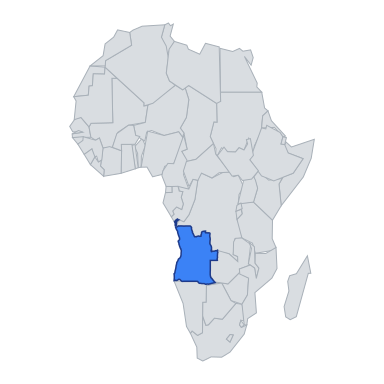 Angola highlighted on a map of Africa
{"feature_id": "AGO", "entity_name": "Angola", "entity_type": "country or territory", "adm_level": 0, "iso_a3": "AGO", "parent_name": "Africa", "parent_adm1": "", "projection": "equal_earth", "projection_center": [17.424, -11.224], "detail": "fine", "context": "in_parent", "style": "filled", "palette": "blue", "viewbox_px": 384, "rotation_deg": 0, "n_neighbors": 49, "source": "natural_earth", "source_scale": "50m", "svg_char_len": 13797}
<svg xmlns="http://www.w3.org/2000/svg" viewBox="0 0 384 384"><path d="M253.5,202.1L272.5,220.2L272.2,238.7L276.0,247.5L273.1,250.3L255.3,253.3L252.5,243.2L241.9,238.0L237.9,229.2L237.0,219.4L242.1,213.8L240.9,203.0L253.5,202.1Z" fill="#d9dde1" stroke="#a8b0b8" stroke-width="1"/><path d="M105.1,67.2L104.5,74.1L93.3,73.8L92.4,85.7L89.1,86.1L88.3,95.2L73.7,96.7L90.1,65.9L105.1,67.2Z" fill="#d9dde1" stroke="#a8b0b8" stroke-width="1"/><path d="M237.0,219.4L241.9,238.0L234.7,238.9L233.2,254.6L237.6,256.5L237.8,261.6L228.9,253.7L211.0,251.2L209.6,232.9L203.7,231.2L199.8,236.3L194.3,236.7L190.2,226.1L175.2,225.6L180.3,219.4L183.9,221.7L189.0,214.7L194.9,199.6L198.1,177.1L201.5,173.1L212.0,178.0L223.7,172.0L229.9,172.1L233.7,176.7L238.3,175.2L243.7,186.8L239.0,194.6L237.0,219.4Z" fill="#d9dde1" stroke="#a8b0b8" stroke-width="1"/><path d="M281.2,205.7L279.0,184.0L283.1,177.0L293.2,173.2L303.1,158.7L288.2,153.0L284.0,146.3L286.0,142.0L291.4,147.0L314.3,139.3L311.2,158.3L303.3,177.0L281.2,205.7Z" fill="#d9dde1" stroke="#a8b0b8" stroke-width="1"/><path d="M272.5,220.2L253.5,202.1L257.6,188.3L253.8,176.9L258.4,170.8L268.6,180.1L282.1,178.5L279.0,184.0L281.2,205.7L272.5,220.2Z" fill="#d9dde1" stroke="#a8b0b8" stroke-width="1"/><path d="M219.7,157.6L217.0,155.5L215.7,154.1L216.0,148.7L210.2,136.6L213.9,121.9L217.0,122.2L216.6,101.4L220.6,101.4L220.5,92.1L261.7,92.1L264.6,108.0L268.0,110.9L262.7,115.8L261.1,132.0L254.3,146.0L253.4,155.4L248.7,138.3L244.0,150.0L239.1,147.7L235.4,152.0L227.5,151.7L221.5,147.8L217.3,155.7L219.7,157.6Z" fill="#d9dde1" stroke="#a8b0b8" stroke-width="1"/><path d="M216.6,103.4L217.0,122.2L213.9,121.9L210.2,136.6L213.5,143.6L196.0,159.3L186.4,161.5L181.7,151.3L187.1,149.2L184.0,133.1L180.3,128.1L186.4,117.4L188.8,99.6L185.2,88.0L188.7,85.5L216.6,103.4Z" fill="#d9dde1" stroke="#a8b0b8" stroke-width="1"/><path d="M190.4,333.3L192.1,331.0L197.6,335.4L202.5,332.7L202.6,315.9L205.9,325.3L208.4,324.8L214.4,318.2L222.4,319.2L235.9,303.4L242.0,304.2L244.2,314.0L243.6,320.8L240.9,320.3L239.5,324.9L241.4,327.4L246.8,324.9L244.2,334.1L230.0,352.1L221.7,357.2L211.1,356.9L202.8,361.0L197.2,358.1L196.8,347.1L190.4,333.3ZM233.2,335.0L230.2,334.5L226.4,339.1L230.0,342.1L233.2,335.0Z" fill="#d9dde1" stroke="#a8b0b8" stroke-width="1"/><path d="M233.2,335.0L230.0,342.1L226.4,339.1L230.2,334.5L233.2,335.0Z" fill="#d9dde1" stroke="#a8b0b8" stroke-width="1"/><path d="M242.0,304.2L231.0,300.6L221.7,283.0L228.0,283.9L239.6,272.4L248.6,278.1L247.4,295.1L242.0,304.2Z" fill="#d9dde1" stroke="#a8b0b8" stroke-width="1"/><path d="M235.9,303.4L222.4,319.2L214.4,318.2L208.4,324.8L205.9,325.3L202.6,315.9L202.7,302.3L206.1,302.1L206.4,285.4L221.7,283.0L231.0,300.6L235.9,303.4Z" fill="#d9dde1" stroke="#a8b0b8" stroke-width="1"/><path d="M202.7,302.3L202.5,332.7L197.6,335.4L192.1,331.0L190.4,333.3L186.5,326.5L183.1,303.5L174.0,280.9L221.1,282.2L206.4,285.4L206.1,302.1L202.7,302.3Z" fill="#d9dde1" stroke="#a8b0b8" stroke-width="1"/><path d="M72.7,131.8L69.7,126.4L75.5,118.2L81.0,117.5L89.0,126.9L90.9,137.3L72.5,137.6L72.1,133.9L82.9,132.2L72.7,131.8Z" fill="#d9dde1" stroke="#a8b0b8" stroke-width="1"/><path d="M90.9,137.3L89.0,126.9L91.0,123.3L112.8,122.7L111.9,78.3L117.1,78.3L144.1,102.9L144.0,105.9L147.9,105.4L145.3,122.4L128.5,125.2L117.8,132.4L112.4,147.3L103.0,148.1L99.4,138.0L95.6,140.2L90.9,137.3Z" fill="#d9dde1" stroke="#a8b0b8" stroke-width="1"/><path d="M73.7,96.7L88.3,95.2L89.1,86.1L92.4,85.7L93.3,73.8L104.5,74.1L105.1,67.2L117.1,78.3L111.9,78.3L112.8,122.7L91.0,123.3L89.0,126.9L81.0,117.5L74.2,119.7L76.1,101.0L73.7,96.7Z" fill="#d9dde1" stroke="#a8b0b8" stroke-width="1"/><path d="M141.1,167.2L138.2,167.7L137.6,153.3L134.5,146.8L142.1,138.3L145.4,145.5L141.4,156.3L141.1,167.2Z" fill="#d9dde1" stroke="#a8b0b8" stroke-width="1"/><path d="M185.2,88.0L188.8,99.6L186.4,117.4L180.3,128.1L184.0,133.1L182.5,137.1L178.7,131.8L164.1,135.5L151.5,130.5L146.7,132.1L144.8,141.1L135.7,135.4L133.6,125.4L145.3,122.4L147.9,105.4L175.3,85.2L182.7,89.8L185.2,88.0Z" fill="#d9dde1" stroke="#a8b0b8" stroke-width="1"/><path d="M141.1,167.2L147.7,131.1L164.1,135.5L178.7,131.8L183.9,139.1L173.7,163.7L164.7,166.3L162.0,174.4L152.6,176.8L147.0,167.1L141.1,167.2Z" fill="#d9dde1" stroke="#a8b0b8" stroke-width="1"/><path d="M183.7,135.3L187.1,149.2L181.7,151.3L187.0,160.2L183.5,174.6L188.8,189.1L166.1,186.4L161.9,175.7L162.9,170.9L167.9,163.4L173.7,163.7L183.7,135.3Z" fill="#d9dde1" stroke="#a8b0b8" stroke-width="1"/><path d="M135.0,144.3L138.2,167.7L135.3,168.8L131.6,145.7L135.0,144.3Z" fill="#d9dde1" stroke="#a8b0b8" stroke-width="1"/><path d="M131.9,144.2L135.3,168.8L121.1,173.3L121.3,144.4L131.9,144.2Z" fill="#d9dde1" stroke="#a8b0b8" stroke-width="1"/><path d="M103.0,148.1L109.6,146.6L121.6,150.8L121.1,173.3L103.6,176.3L104.2,169.8L100.5,166.1L103.0,148.1Z" fill="#d9dde1" stroke="#a8b0b8" stroke-width="1"/><path d="M83.2,136.7L95.6,140.2L99.4,138.0L103.0,148.1L101.8,160.2L98.4,162.1L96.6,156.1L93.9,157.0L91.9,148.9L84.2,154.4L77.8,144.1L83.2,136.7Z" fill="#d9dde1" stroke="#a8b0b8" stroke-width="1"/><path d="M72.5,137.6L83.2,136.7L82.9,140.4L77.8,144.1L72.5,137.6Z" fill="#d9dde1" stroke="#a8b0b8" stroke-width="1"/><path d="M101.3,160.3L100.5,166.1L104.2,169.8L103.6,176.3L90.4,164.6L94.9,156.8L98.4,162.1L101.3,160.3Z" fill="#d9dde1" stroke="#a8b0b8" stroke-width="1"/><path d="M84.2,154.4L91.9,148.9L94.9,156.8L90.4,164.6L84.2,154.4Z" fill="#d9dde1" stroke="#a8b0b8" stroke-width="1"/><path d="M112.4,147.3L116.8,133.6L128.5,125.2L133.6,125.4L135.7,135.4L139.8,136.5L135.0,144.3L121.3,144.4L121.6,150.8L112.4,147.3Z" fill="#d9dde1" stroke="#a8b0b8" stroke-width="1"/><path d="M229.9,172.1L219.2,172.7L212.0,178.0L201.5,173.1L197.8,180.5L193.1,179.4L189.0,186.5L183.4,171.1L186.4,161.5L196.0,159.3L213.5,143.6L215.7,154.1L229.9,172.1Z" fill="#d9dde1" stroke="#a8b0b8" stroke-width="1"/><path d="M197.8,180.5L194.9,199.6L189.0,214.7L183.9,221.7L176.8,219.1L174.3,222.0L171.3,216.8L174.0,214.2L172.7,211.0L176.6,207.0L181.7,209.5L183.3,204.0L181.2,197.3L182.8,191.7L179.2,191.1L178.4,186.5L188.8,189.1L193.1,179.4L197.8,180.5Z" fill="#d9dde1" stroke="#a8b0b8" stroke-width="1"/><path d="M171.9,186.5L178.0,186.3L179.2,191.1L182.8,191.7L181.2,197.3L183.3,204.0L181.7,209.5L176.6,207.0L172.7,211.0L174.0,214.2L171.3,216.8L163.0,202.9L165.5,192.6L172.0,192.4L171.9,186.5Z" fill="#d9dde1" stroke="#a8b0b8" stroke-width="1"/><path d="M166.1,186.4L171.9,186.5L172.0,192.4L165.5,192.6L166.1,186.4Z" fill="#d9dde1" stroke="#a8b0b8" stroke-width="1"/><path d="M241.9,238.0L250.7,244.4L248.4,263.8L250.2,265.0L239.4,269.0L239.6,272.4L228.0,283.9L214.5,281.9L209.9,275.1L210.2,259.9L217.6,260.0L217.3,250.4L228.9,253.7L237.8,261.6L237.6,256.5L233.2,254.6L233.6,241.9L235.6,238.3L241.9,238.0Z" fill="#d9dde1" stroke="#a8b0b8" stroke-width="1"/><path d="M249.0,242.3L254.4,246.7L255.1,263.2L258.9,268.1L256.3,278.5L254.6,268.1L248.4,263.8L251.5,248.5L249.0,242.3Z" fill="#d9dde1" stroke="#a8b0b8" stroke-width="1"/><path d="M255.3,253.3L265.7,253.5L276.0,247.5L277.0,268.5L271.9,278.1L254.9,292.6L256.4,312.9L247.7,318.6L246.8,324.9L244.2,324.9L242.0,304.2L247.4,295.1L248.6,278.1L239.8,274.1L239.4,269.0L250.2,265.0L254.6,268.1L256.3,278.5L258.9,268.1L255.1,263.2L255.3,253.3Z" fill="#d9dde1" stroke="#a8b0b8" stroke-width="1"/><path d="M244.2,324.9L241.4,327.4L239.5,324.9L240.9,320.3L244.2,324.9Z" fill="#d9dde1" stroke="#a8b0b8" stroke-width="1"/><path d="M241.1,209.3L242.1,213.8L237.0,219.4L235.9,211.3L241.1,209.3Z" fill="#d9dde1" stroke="#a8b0b8" stroke-width="1"/><path d="M307.4,255.8L310.8,273.3L308.3,273.3L296.3,316.7L290.2,319.7L285.7,316.9L284.1,306.6L288.9,291.0L287.7,281.4L289.7,275.7L296.4,273.7L307.4,255.8Z" fill="#d9dde1" stroke="#a8b0b8" stroke-width="1"/><path d="M72.1,133.9L78.5,130.5L82.9,132.2L72.1,133.9Z" fill="#d9dde1" stroke="#a8b0b8" stroke-width="1"/><path d="M167.4,54.0L161.4,37.2L164.8,24.8L168.4,23.0L170.5,25.7L173.3,24.1L170.1,36.1L174.4,41.4L167.4,54.0Z" fill="#d9dde1" stroke="#a8b0b8" stroke-width="1"/><path d="M105.1,67.2L105.6,60.6L131.6,45.2L129.7,32.5L133.0,30.1L142.1,26.2L164.8,24.8L161.4,37.2L166.2,46.0L168.3,57.9L166.3,73.1L169.5,81.0L175.3,85.2L152.9,103.3L144.0,105.9L144.1,102.9L105.1,67.2Z" fill="#d9dde1" stroke="#a8b0b8" stroke-width="1"/><path d="M261.6,127.9L262.7,115.8L268.0,110.9L271.4,120.7L285.5,136.1L282.9,136.9L274.3,127.4L261.6,127.9Z" fill="#d9dde1" stroke="#a8b0b8" stroke-width="1"/><path d="M90.1,65.9L103.1,55.7L105.1,43.9L113.7,37.1L117.6,29.9L129.7,32.5L131.6,45.2L105.6,60.6L105.2,65.9L90.1,65.9Z" fill="#d9dde1" stroke="#a8b0b8" stroke-width="1"/><path d="M261.7,92.1L220.5,92.1L220.0,48.3L232.7,51.5L239.5,48.4L242.9,51.2L250.6,49.9L253.2,57.6L251.1,65.2L244.4,56.4L257.2,83.1L256.8,86.9L261.7,92.1Z" fill="#d9dde1" stroke="#a8b0b8" stroke-width="1"/><path d="M219.2,46.9L220.6,101.4L216.6,103.4L188.7,85.5L182.7,89.8L169.5,81.0L166.3,73.1L169.1,49.2L174.4,41.4L186.8,45.2L188.4,49.2L199.7,54.2L205.5,43.3L219.2,46.9Z" fill="#d9dde1" stroke="#a8b0b8" stroke-width="1"/><path d="M303.1,158.7L293.2,173.2L273.8,180.9L261.5,175.9L249.8,159.8L261.6,127.9L265.8,128.9L266.7,125.3L280.1,132.5L282.9,136.9L281.0,144.0L284.7,144.6L288.2,153.0L303.1,158.7Z" fill="#d9dde1" stroke="#a8b0b8" stroke-width="1"/><path d="M282.9,136.9L286.4,137.6L284.7,144.6L281.0,144.0L282.9,136.9Z" fill="#d9dde1" stroke="#a8b0b8" stroke-width="1"/><path d="M253.5,202.1L237.9,204.0L243.9,179.2L253.8,176.9L255.5,180.3L257.6,188.3L253.5,202.1Z" fill="#d9dde1" stroke="#a8b0b8" stroke-width="1"/><path d="M240.9,203.0L242.2,208.6L235.9,211.3L236.9,205.4L240.9,203.0Z" fill="#d9dde1" stroke="#a8b0b8" stroke-width="1"/><path d="M242.4,180.5L238.3,175.2L232.1,176.1L217.3,155.7L224.0,147.1L227.5,151.7L235.4,152.0L239.1,147.7L244.0,150.0L247.6,143.9L246.4,139.6L250.4,138.6L253.4,155.4L249.8,159.8L258.4,170.8L251.6,179.1L242.4,180.5Z" fill="#d9dde1" stroke="#a8b0b8" stroke-width="1"/><path d="M217.5,250.2L217.6,250.8L217.6,251.7L217.7,252.3L217.7,252.6L217.8,252.7L217.7,252.9L217.6,253.3L217.5,253.6L217.5,253.8L217.5,254.3L217.5,254.9L217.4,255.5L217.4,256.2L217.5,257.3L217.5,257.6L217.3,258.2L217.2,258.6L217.1,259.2L217.1,259.4L217.4,260.2L217.4,260.3L217.2,260.4L216.2,260.4L215.2,260.4L214.1,260.4L213.0,260.4L212.1,260.4L211.1,260.4L210.3,260.4L210.3,261.1L210.3,262.7L210.3,264.2L210.3,265.7L210.3,267.3L210.3,268.8L210.3,270.3L210.2,271.9L210.2,273.4L210.2,274.5L210.4,276.0L210.8,277.6L211.0,277.7L211.3,278.0L211.9,278.6L212.2,279.0L212.8,279.8L213.6,280.8L214.4,281.7L215.1,282.5L214.0,282.8L212.4,283.2L211.4,283.4L210.1,283.8L209.2,284.0L208.2,284.2L207.7,284.0L207.1,284.0L206.4,284.2L205.8,284.3L205.4,284.2L205.0,284.0L204.6,283.7L203.9,283.6L202.9,283.6L201.9,283.6L201.0,283.4L200.3,283.3L199.9,283.3L199.5,283.3L199.0,283.1L198.7,282.8L198.2,282.2L197.8,281.6L197.6,281.4L196.5,281.3L195.5,281.3L195.0,281.3L193.6,281.3L192.3,281.3L190.9,281.3L189.6,281.3L188.3,281.3L186.9,281.3L185.6,281.3L184.2,281.3L183.5,281.3L182.8,281.4L182.1,281.4L181.8,281.3L181.7,281.2L181.3,280.8L180.9,280.6L180.5,280.1L180.2,279.7L179.9,279.5L179.5,279.4L179.1,279.3L178.8,279.3L178.4,279.5L178.0,279.8L177.7,280.0L177.3,280.2L176.9,280.5L176.2,280.4L176.1,280.5L175.7,280.5L175.4,280.2L175.0,280.3L174.6,280.5L174.1,280.6L174.2,278.9L174.3,278.1L174.3,277.1L174.2,274.7L174.1,274.3L174.0,273.9L174.4,273.6L174.5,273.4L174.8,273.0L174.9,272.4L175.1,271.1L175.8,268.2L176.2,265.4L176.6,264.0L176.8,262.5L178.0,260.5L178.3,259.3L178.9,258.7L179.8,258.1L180.5,257.0L180.8,256.2L181.1,254.7L181.1,253.1L181.3,251.0L181.3,250.4L180.9,249.6L180.9,249.0L180.5,248.4L180.2,248.0L180.0,247.2L179.5,246.0L179.3,245.1L179.0,244.5L179.0,243.8L178.8,243.0L178.5,242.3L178.2,241.4L178.2,241.1L178.4,240.8L178.6,240.7L178.5,240.8L178.4,241.0L179.5,239.6L179.6,239.3L179.6,239.0L179.5,238.6L179.6,238.1L178.5,235.3L177.7,232.6L177.6,231.3L176.5,229.5L176.0,228.4L175.8,227.6L175.6,227.2L176.0,227.1L176.6,226.9L177.4,226.7L178.2,226.2L178.4,226.0L178.9,225.9L179.3,226.1L179.5,226.0L180.5,226.0L180.9,225.9L181.7,226.0L182.2,226.0L182.5,226.0L183.2,226.1L184.2,226.1L184.5,226.1L185.7,226.0L186.9,226.0L188.0,226.0L189.2,226.0L190.1,226.0L190.5,226.2L190.9,226.5L191.1,226.8L191.3,227.2L191.5,227.4L191.6,227.8L191.5,228.3L191.5,228.9L191.7,229.6L191.9,230.4L192.3,231.2L192.5,231.8L192.4,232.2L192.5,232.7L192.8,233.2L193.0,233.5L193.5,234.5L194.1,235.8L194.5,236.7L194.7,236.8L194.9,236.8L195.4,236.7L195.9,236.6L196.2,236.8L196.3,236.8L196.9,236.4L197.4,236.3L197.9,236.2L198.2,236.0L198.5,236.0L199.4,236.3L199.6,236.3L200.3,236.3L201.0,236.2L201.1,234.9L201.1,234.7L201.3,234.2L201.5,233.8L201.5,233.4L201.5,232.8L201.7,232.2L202.1,231.7L202.9,231.4L203.3,231.4L204.0,231.2L205.1,231.1L205.5,231.1L205.3,232.1L205.3,232.4L205.4,232.7L205.5,232.8L206.6,232.8L207.6,232.9L208.8,232.9L209.6,233.0L209.8,233.1L210.0,233.5L209.9,234.4L209.7,235.7L209.8,236.9L210.1,238.0L210.2,239.7L210.0,240.7L209.9,242.0L209.8,243.4L210.0,244.0L210.3,244.7L210.8,245.3L211.2,246.2L211.5,247.2L211.5,247.9L211.5,248.2L211.5,248.6L211.6,249.3L211.5,249.7L211.2,250.0L211.1,250.3L211.2,250.8L211.3,251.4L211.4,251.6L211.6,251.7L211.9,251.6L212.2,251.2L212.5,251.1L212.8,251.1L213.4,251.2L214.3,251.2L214.6,251.1L215.5,250.7L216.0,250.7L216.5,250.8L217.0,250.9L217.2,250.7L217.3,250.5L217.3,250.3L217.5,250.2ZM178.4,220.0L178.0,220.3L177.6,220.5L177.0,221.3L176.7,221.7L176.6,221.8L176.4,222.0L176.2,222.1L176.3,222.3L176.5,222.5L176.5,223.9L176.4,225.2L176.3,225.3L176.0,225.3L175.5,225.4L175.4,225.5L175.3,225.3L175.1,224.9L175.2,224.4L175.3,224.1L175.2,223.4L175.0,222.8L174.7,222.0L174.6,221.8L174.9,221.6L175.2,221.0L175.3,220.7L175.7,220.7L175.8,220.5L175.9,220.1L176.0,220.0L176.4,219.8L176.9,219.5L177.2,219.2L177.4,219.0L177.6,219.0L178.1,219.6L178.3,220.0L178.4,220.0Z" fill="#3b82f6" stroke="#1e3a8a" stroke-width="1.5"/></svg>